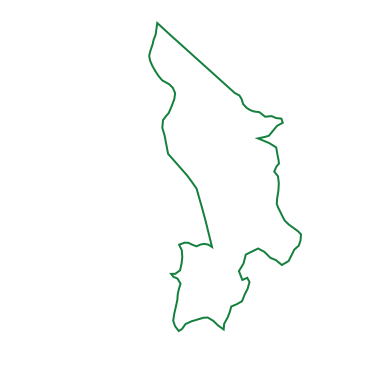 Goianápolis, Goiás, Brazil (Albers equal-area conic projection), rotated 302°
{"feature_id": "56859067B32748378565005", "entity_name": "Goianápolis", "entity_type": "district", "adm_level": 2, "iso_a3": "BRA", "parent_name": "Brazil", "parent_adm1": "Goiás", "projection": "albers", "projection_center": [-49.075, -16.499], "detail": "fine", "context": "isolated", "style": "outline", "palette": "green", "viewbox_px": 384, "rotation_deg": 302, "n_neighbors": 0, "source": "geoboundaries", "source_scale": "gbopen_adm2", "svg_char_len": 1695}
<svg xmlns="http://www.w3.org/2000/svg" viewBox="0 0 384 384"><g transform="rotate(302 192 192)"><path d="M316.9,73.0L311.9,75.2L306.1,77.8L300.7,78.8L296.5,80.3L289.7,81.9L284.8,83.5L281.3,86.7L278.3,91.0L275.2,96.6L272.6,102.3L270.9,107.6L271.3,115.7L270.2,120.5L266.9,125.3L261.6,127.7L254.0,129.3L246.7,130.4L242.8,129.8L237.7,129.3L230.7,132.8L225.5,138.7L211.7,151.5L203.5,178.9L201.2,184.8L197.3,194.1L193.1,198.7L184.9,207.8L175.4,218.1L156.0,238.1L156.0,233.7L154.6,230.0L152.0,227.1L148.3,224.6L147.4,219.8L147.0,215.9L145.2,212.7L140.5,209.0L137.1,214.3L131.6,218.3L125.9,221.0L119.3,223.4L113.8,221.2L111.5,217.7L110.2,221.2L110.9,225.6L108.1,230.9L102.8,232.3L97.7,234.1L92.8,236.7L87.6,238.6L79.5,241.4L73.0,244.2L69.3,248.6L67.1,254.4L70.4,256.1L76.6,256.5L82.1,260.1L91.4,268.3L93.9,271.9L94.0,278.4L92.6,285.0L92.2,291.7L97.3,289.1L104.7,288.7L110.7,287.5L115.7,286.0L121.0,289.7L126.0,292.3L133.4,290.9L139.2,290.5L146.1,288.5L148.5,284.3L144.1,281.3L149.8,273.7L158.6,273.6L167.5,270.8L179.1,278.0L179.6,285.2L177.7,293.4L178.7,299.2L177.7,306.9L184.7,310.5L197.5,309.3L203.1,311.0L208.7,309.6L213.8,306.9L214.9,302.7L215.7,291.3L216.9,285.7L219.8,280.8L221.9,277.5L223.8,274.3L226.7,270.3L231.0,267.9L235.8,265.9L239.0,264.5L245.4,261.0L250.9,256.6L252.9,250.9L258.6,250.1L262.1,250.7L264.8,248.6L268.8,244.8L274.4,239.8L274.4,231.5L272.4,219.5L277.7,225.0L280.5,227.4L288.1,228.4L293.3,229.1L298.8,232.3L301.6,228.9L299.3,224.2L298.6,219.4L294.6,214.1L295.4,206.8L293.1,201.8L292.3,197.9L292.3,193.7L293.7,188.7L297.1,184.8L299.0,181.0L298.6,175.9L299.8,169.1L312.4,97.6L313.0,94.0L314.0,88.5L314.9,83.7L316.9,73.0Z" fill="none" stroke="#15803d" stroke-width="2"/></g></svg>